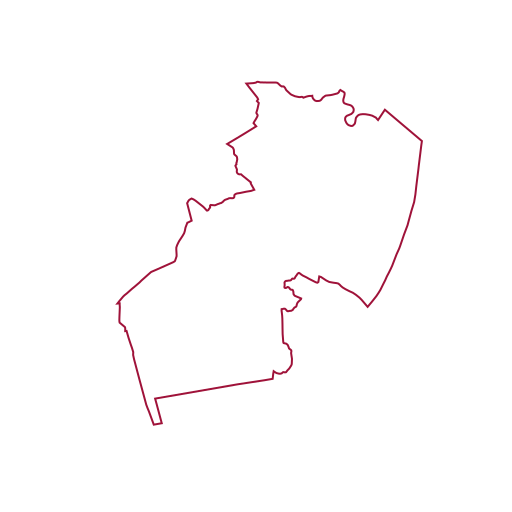 Chau Thanh, Kiên Giang, Vietnam (Mercator projection), rotated 220°
{"feature_id": "81297802B94247950786042", "entity_name": "Chau Thanh", "entity_type": "district", "adm_level": 2, "iso_a3": "VNM", "parent_name": "Vietnam", "parent_adm1": "Kiên Giang", "projection": "mercator", "projection_center": [105.182, 9.959], "detail": "fine", "context": "isolated", "style": "outline", "palette": "rose", "viewbox_px": 512, "rotation_deg": 220, "n_neighbors": 0, "source": "geoboundaries", "source_scale": "gbopen_adm2", "svg_char_len": 6132}
<svg xmlns="http://www.w3.org/2000/svg" viewBox="0 0 512 512"><g transform="rotate(220 256 256)"><path d="M202.8,450.7L228.5,450.8L251.3,450.9L249.9,438.6L251.6,438.8L253.2,439.1L253.9,438.9L257.2,438.2L259.8,437.0L263.2,435.0L265.4,433.3L267.1,431.5L267.9,430.2L268.1,429.7L268.3,428.6L268.3,426.6L268.2,426.1L267.9,425.4L266.3,422.8L265.4,421.0L265.4,420.2L265.5,419.0L265.6,418.1L266.0,417.4L266.8,416.7L268.3,416.1L269.1,415.8L269.9,415.7L271.2,415.8L272.4,416.1L273.9,416.8L274.9,417.3L275.5,417.9L276.0,418.5L276.4,419.1L276.6,419.7L276.7,420.4L276.6,421.1L276.4,422.1L275.7,423.3L274.3,426.1L274.1,427.6L274.1,429.0L274.5,429.8L274.9,430.5L275.4,431.1L276.0,431.6L276.9,432.0L277.6,432.2L278.3,432.4L278.9,432.4L279.5,432.4L280.2,432.3L281.3,431.9L283.4,430.9L285.2,430.2L286.5,429.8L287.3,429.9L287.8,430.1L288.5,430.6L289.2,431.3L290.0,432.6L290.9,434.7L291.9,436.6L292.6,437.5L293.3,438.0L294.1,438.0L295.1,437.9L296.4,437.6L298.1,437.4L298.2,436.0L297.8,434.7L297.9,433.8L298.2,432.8L301.1,428.7L302.3,427.2L305.6,423.8L306.0,422.9L306.6,420.3L306.5,417.5L306.8,416.2L307.4,415.3L309.1,413.7L310.4,413.1L311.4,413.0L313.1,413.2L314.0,413.5L314.5,413.8L315.2,414.2L315.9,414.9L316.3,414.4L318.1,412.8L319.0,411.7L319.9,410.4L321.5,407.7L322.2,407.8L323.0,407.5L323.5,407.1L324.4,406.0L325.2,405.4L326.8,404.5L328.9,403.4L330.6,402.9L332.6,402.3L333.9,402.2L337.8,402.4L339.3,402.5L340.0,402.7L341.9,403.5L343.5,403.7L343.9,403.6L344.2,403.4L344.6,403.1L345.1,402.5L345.4,402.4L346.2,402.3L346.9,402.2L349.9,402.4L350.6,402.4L351.1,402.3L351.7,402.0L352.6,401.4L354.4,399.9L357.3,397.4L361.4,394.1L364.4,391.7L366.1,390.9L366.7,390.5L367.0,390.2L367.3,389.6L367.5,388.8L367.8,388.4L369.2,386.7L374.2,381.9L369.0,380.7L356.9,378.2L355.1,377.4L354.9,375.3L352.2,375.0L349.4,369.6L347.9,366.1L347.5,365.7L345.6,365.1L345.2,364.8L344.9,364.4L344.6,363.4L344.1,361.0L343.7,358.0L343.3,356.2L339.2,355.5L342.9,344.2L346.5,333.6L350.1,323.3L346.1,323.8L344.5,324.0L343.8,324.1L343.2,324.0L342.6,323.8L341.8,323.4L341.1,323.0L338.5,320.2L338.1,320.0L337.6,319.9L336.2,319.9L335.2,319.9L334.3,319.6L333.9,319.3L332.5,318.0L331.0,315.3L330.8,314.5L329.9,313.7L329.9,312.4L329.8,311.9L329.3,311.6L326.3,310.1L325.6,309.2L325.0,308.3L324.4,307.8L323.7,307.5L322.9,307.4L322.1,307.5L321.3,307.8L319.9,309.0L318.2,308.9L317.9,308.9L317.5,308.9L307.3,309.1L307.1,308.6L306.4,308.1L299.9,305.6L301.7,302.6L304.8,299.0L308.8,293.9L310.5,292.0L311.0,291.3L311.4,290.5L311.6,289.9L311.7,289.4L311.7,288.8L311.4,288.3L311.1,287.9L310.8,287.6L310.6,287.3L310.5,287.0L310.5,286.6L310.5,286.3L310.5,286.0L310.7,285.7L311.1,285.2L311.9,284.5L312.8,283.9L313.3,283.4L313.9,282.7L314.3,281.7L315.3,280.0L315.6,279.5L315.9,278.9L316.1,277.9L316.2,277.2L316.2,276.1L316.6,274.7L316.7,274.3L317.5,273.2L318.0,272.2L318.7,271.1L319.5,269.4L320.1,268.4L320.9,267.8L322.2,266.9L322.4,266.6L323.1,266.3L323.5,266.0L323.6,265.5L323.6,265.2L323.3,264.7L322.9,264.3L322.4,263.8L322.3,263.4L322.3,261.9L322.1,261.1L322.1,260.3L322.4,259.7L322.6,259.4L322.9,259.2L326.7,259.7L328.5,259.8L335.1,259.6L337.9,259.5L340.3,259.2L342.3,258.6L342.9,257.0L343.2,256.0L343.2,254.7L343.0,253.8L342.7,252.2L328.0,241.7L329.0,239.4L329.5,238.2L330.0,237.4L328.3,232.5L326.6,229.4L325.7,227.2L325.2,224.3L324.8,221.0L324.5,218.2L324.1,216.3L323.4,213.6L322.5,211.3L321.2,209.7L317.8,206.1L316.7,204.8L315.8,202.6L314.9,200.2L314.9,199.6L315.1,199.0L315.5,197.9L319.0,190.7L323.4,181.7L325.8,176.9L326.1,176.2L328.0,163.5L328.2,160.9L329.3,154.3L329.9,151.2L330.9,144.3L331.5,141.4L331.7,139.4L331.7,138.1L331.7,133.6L331.6,130.5L330.0,132.1L329.0,130.9L328.1,130.0L327.2,129.0L321.5,121.6L319.6,119.2L318.4,117.9L317.6,117.3L316.5,117.3L313.8,117.3L310.8,117.3L310.1,116.9L309.4,116.2L307.9,114.4L307.0,115.4L300.9,111.3L294.9,107.6L292.0,105.9L288.3,103.5L286.5,101.2L283.0,98.5L266.1,86.6L244.4,71.5L241.0,69.6L238.1,68.1L225.9,61.1L220.7,67.3L237.1,78.8L241.6,81.9L239.6,84.3L187.5,146.0L169.8,166.1L164.3,172.6L165.2,174.0L167.0,176.7L168.4,179.1L167.0,179.2L165.1,179.5L162.8,180.6L162.0,181.2L161.5,181.7L160.9,182.6L160.7,183.8L160.6,184.4L160.2,184.8L159.1,185.4L158.8,185.7L158.3,186.3L158.3,186.7L158.4,188.5L158.2,191.2L158.6,194.4L158.9,195.7L159.6,196.8L162.3,200.3L166.5,204.0L166.9,204.5L167.2,205.0L167.5,205.5L167.7,205.8L168.0,206.1L168.4,206.4L169.5,206.5L170.4,206.4L171.1,206.4L171.4,206.5L172.3,207.1L173.6,207.8L174.4,208.2L175.5,208.3L176.4,208.3L177.2,207.9L178.8,207.1L179.3,207.2L179.6,207.5L180.2,208.0L185.4,213.3L189.5,218.0L192.0,220.9L195.6,225.0L197.7,227.2L199.9,229.3L201.2,230.5L201.8,231.2L202.2,231.8L201.7,232.2L201.2,233.1L200.5,233.8L199.9,234.2L198.7,234.2L196.8,233.9L196.0,234.2L195.0,235.5L193.8,236.7L193.2,238.3L193.4,239.7L193.4,240.5L193.4,241.2L193.2,241.8L192.8,242.6L192.8,243.2L192.9,243.9L193.6,245.1L194.1,246.6L194.2,247.6L193.8,251.3L193.8,251.9L194.1,252.5L199.9,250.7L200.6,250.5L201.2,250.5L201.9,250.7L202.5,250.8L203.1,251.3L204.6,252.8L205.3,253.2L205.8,253.5L206.6,253.4L207.4,252.8L208.0,252.6L208.7,252.6L209.8,252.9L210.7,253.0L211.5,252.8L211.9,252.5L212.1,251.8L212.5,250.8L212.9,250.4L213.3,250.2L213.7,250.1L214.1,250.3L214.6,250.9L215.0,251.6L215.4,252.2L217.1,254.0L217.3,254.7L217.3,255.4L217.0,256.2L215.9,257.3L215.2,258.2L214.5,258.8L213.9,259.5L213.7,260.0L213.7,261.8L213.6,262.1L213.1,262.5L212.5,262.8L212.1,263.4L212.1,264.1L212.4,265.2L212.5,266.0L212.5,266.9L212.6,267.8L212.7,268.6L212.7,269.3L212.6,269.8L212.5,270.3L212.2,270.7L210.8,270.9L209.4,270.9L207.6,271.1L203.5,272.1L200.7,272.6L193.8,274.2L192.8,274.5L191.8,275.0L191.5,276.1L194.4,281.0L192.7,281.7L186.5,282.4L183.2,283.2L179.7,285.2L176.7,287.1L175.2,287.8L173.3,287.8L171.7,287.6L169.4,287.6L166.1,288.1L161.8,289.1L158.2,290.1L154.5,290.5L150.0,290.6L146.8,290.3L137.8,288.8L137.8,295.1L138.0,302.5L138.4,306.3L138.9,309.8L140.6,316.8L141.4,320.3L142.6,324.4L143.5,328.6L144.5,332.7L145.4,336.0L149.4,347.6L151.1,353.7L151.9,356.0L156.4,367.6L159.7,377.0L161.3,380.4L166.0,390.6L169.5,398.9L173.4,405.5L178.4,413.0L187.6,427.2L189.6,430.2L200.5,447.0L202.8,450.7Z" fill="none" stroke="#9f1239" stroke-width="2"/></g></svg>